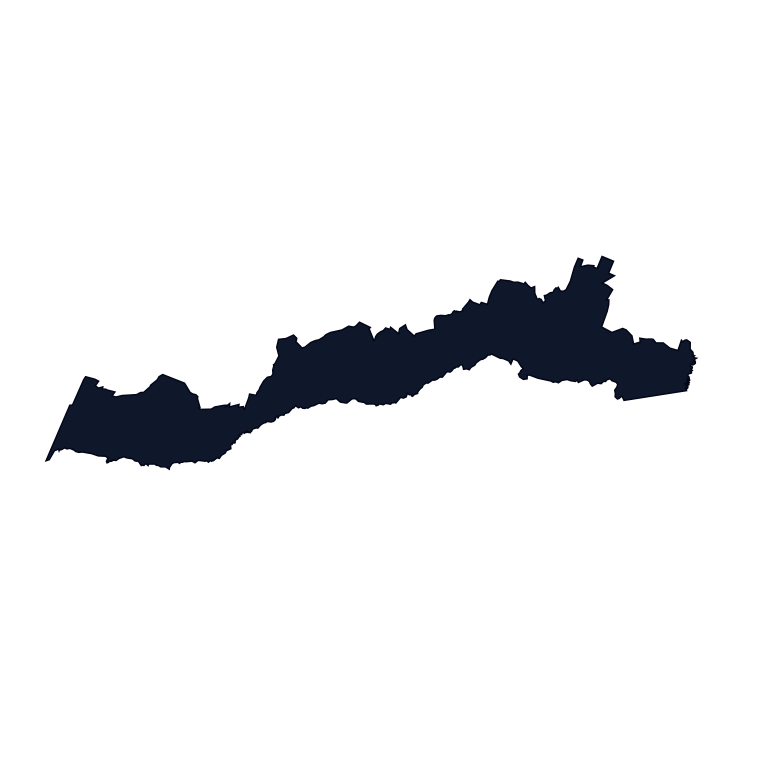 outline of Pijiño Del Carmen, Magdalena, Colombia, rotated 23°
{"feature_id": "7082276B92401866793230", "entity_name": "Pijiño Del Carmen", "entity_type": "district", "adm_level": 2, "iso_a3": "COL", "parent_name": "Colombia", "parent_adm1": "Magdalena", "projection": "robinson", "projection_center": [-74.146, 9.518], "detail": "fine", "context": "isolated", "style": "filled", "palette": "ink", "viewbox_px": 768, "rotation_deg": 23, "n_neighbors": 0, "source": "geoboundaries", "source_scale": "gbopen_adm2", "svg_char_len": 6170}
<svg xmlns="http://www.w3.org/2000/svg" viewBox="0 0 768 768"><g transform="rotate(23 384 384)"><path d="M665.0,271.9L663.0,269.8L663.3,269.5L664.6,270.3L665.1,268.7L664.7,267.7L660.8,266.4L661.9,265.7L664.2,266.3L664.9,265.6L664.4,264.7L662.2,264.6L662.5,263.8L664.3,263.7L664.4,263.3L663.6,262.8L662.1,263.2L661.3,262.4L661.7,261.8L663.4,261.8L663.9,261.1L662.8,259.7L661.2,260.4L662.1,258.4L660.6,258.1L660.1,256.0L662.7,253.8L662.4,252.9L661.0,252.4L662.5,251.1L660.8,250.1L661.5,248.9L661.3,248.1L660.2,247.5L658.8,248.0L658.9,245.5L660.9,245.8L662.5,243.4L662.2,242.7L659.9,243.0L660.4,242.3L661.8,242.1L661.7,241.4L659.6,240.9L661.5,238.2L659.7,238.6L657.7,238.1L658.8,236.7L657.3,236.6L656.0,234.1L652.2,232.3L649.6,226.0L645.5,225.1L643.7,226.2L642.5,228.4L640.7,227.5L641.5,238.3L633.1,239.3L625.0,237.1L618.4,239.9L614.3,237.7L612.5,238.2L607.5,240.4L601.6,241.9L603.5,245.3L598.1,249.7L593.4,242.8L585.8,239.6L582.0,239.6L573.7,247.5L562.0,246.5L561.0,229.7L559.8,223.1L558.1,218.7L556.1,219.5L557.6,207.8L550.7,206.0L545.4,205.8L553.8,194.3L547.4,194.2L547.3,181.3L534.9,181.4L535.0,194.3L531.4,194.7L531.0,193.1L525.1,195.0L519.8,198.8L518.9,198.9L518.6,192.2L513.6,192.4L513.6,202.0L515.4,216.6L514.8,226.0L513.0,228.5L510.0,229.5L506.6,226.9L506.0,228.6L504.8,228.3L503.9,230.6L503.9,233.5L501.3,235.1L499.0,238.6L497.1,240.0L500.2,244.4L498.6,247.2L495.8,244.8L493.4,244.7L492.8,245.9L491.7,245.9L487.3,241.5L484.6,235.5L481.8,238.2L477.6,236.9L474.3,235.2L473.8,237.2L467.5,237.9L463.6,239.7L459.9,239.9L450.4,242.6L450.1,244.4L448.6,244.9L446.9,255.9L447.0,262.9L448.1,270.2L441.7,270.9L441.4,273.6L433.6,274.0L430.2,272.8L429.8,275.7L427.1,284.3L427.7,286.0L425.6,288.0L422.2,288.7L422.2,289.4L420.2,289.1L419.4,290.5L419.1,292.9L417.7,294.7L416.3,295.1L414.3,297.0L409.4,298.7L405.9,300.8L405.0,303.4L405.3,305.7L409.4,313.7L403.9,317.2L393.9,325.3L393.2,328.1L383.9,324.9L380.6,321.2L376.8,326.8L377.8,332.0L367.9,329.2L368.2,331.4L363.6,331.8L362.5,335.1L360.5,337.2L358.4,340.7L357.8,343.7L358.2,346.5L357.7,348.0L348.7,339.0L349.3,337.3L337.3,336.7L335.5,341.5L333.9,343.5L328.9,344.6L324.2,350.7L314.5,357.6L311.3,361.3L310.0,364.3L307.0,368.6L303.7,371.0L300.4,374.4L296.8,381.0L294.5,382.9L286.1,379.3L286.3,377.6L285.8,377.4L285.8,376.0L281.6,374.3L276.0,380.5L269.5,384.1L270.9,392.1L276.3,399.2L275.7,407.8L274.8,409.6L275.5,410.2L276.1,414.6L277.9,418.2L277.3,421.1L274.0,423.4L272.1,428.2L271.2,435.1L271.3,438.5L270.5,441.4L270.8,444.4L264.2,445.8L264.9,449.4L265.5,461.8L265.1,462.1L263.2,459.8L259.2,462.3L258.5,459.5L250.6,465.6L249.6,462.3L247.1,466.7L246.9,465.3L245.3,466.0L237.2,471.3L234.8,474.7L225.0,479.1L222.9,478.4L223.8,477.6L218.1,470.5L217.5,468.4L215.1,467.4L211.7,467.9L208.8,467.5L200.1,461.2L176.6,461.8L174.1,465.1L173.6,468.9L169.7,476.2L169.7,478.0L166.1,485.6L163.2,487.0L160.4,490.5L147.5,496.9L142.4,500.7L138.3,501.3L139.4,496.5L131.6,497.7L129.8,497.5L126.8,498.8L126.3,496.6L122.8,499.3L119.0,498.5L120.2,492.9L115.8,492.6L106.5,493.9L105.9,497.2L105.5,525.1L103.1,526.3L102.9,586.7L105.4,584.5L106.7,574.2L109.9,571.0L111.0,572.4L111.0,571.6L112.7,570.5L115.0,567.5L117.2,567.7L120.3,565.9L124.9,566.0L126.4,566.6L129.7,566.2L132.8,564.5L142.1,562.3L149.1,561.8L155.9,559.3L158.9,560.0L158.7,563.6L159.8,564.8L161.1,563.7L161.1,562.7L163.7,561.3L163.9,560.2L167.3,559.0L169.1,556.1L173.1,552.5L175.7,552.6L181.7,551.1L184.8,552.1L188.3,551.2L192.4,553.9L193.3,553.0L194.8,552.8L195.9,550.3L198.7,551.2L198.5,550.1L199.0,549.5L204.4,547.2L206.2,547.8L208.1,547.1L210.9,547.5L215.4,545.6L219.6,546.3L219.1,544.8L220.0,540.1L221.4,538.4L225.1,536.5L226.7,537.0L227.7,535.3L229.3,534.7L230.0,533.4L231.5,533.2L237.5,530.0L240.8,530.4L242.7,526.9L249.7,524.9L250.5,524.0L253.0,524.5L253.9,522.4L255.3,522.5L257.0,521.1L259.1,517.2L261.5,516.8L262.2,513.2L264.8,509.5L264.9,507.1L268.3,503.4L267.0,501.0L266.7,498.9L267.8,498.8L267.7,496.6L268.5,497.1L269.8,496.5L269.8,495.8L268.8,494.8L269.4,494.4L269.4,492.5L270.6,492.0L271.3,488.6L271.8,488.2L270.7,487.6L270.8,487.0L272.7,486.1L272.4,484.2L273.9,483.5L274.6,484.0L275.5,482.6L275.0,482.0L275.3,481.4L276.2,482.4L276.8,482.0L276.8,480.9L278.0,481.6L280.1,480.9L279.8,480.0L280.5,479.2L280.8,476.6L283.7,474.2L285.1,473.9L286.4,470.0L288.4,467.0L290.3,465.6L290.9,464.2L295.1,463.0L297.0,461.3L297.8,459.5L297.7,458.8L297.3,459.3L297.0,458.7L297.2,456.7L298.1,455.4L299.0,456.6L299.7,456.6L300.0,454.3L301.8,452.5L303.8,451.9L304.3,451.3L304.0,450.0L307.3,447.6L309.0,442.4L310.3,441.2L311.0,438.5L314.6,439.3L316.4,437.4L318.4,438.1L320.7,437.4L322.0,436.1L323.3,436.0L325.4,433.0L328.0,431.2L331.6,427.0L334.7,426.4L337.4,424.5L338.7,420.4L342.6,418.4L345.8,416.0L350.7,417.7L356.4,416.4L357.3,415.9L360.3,410.3L362.4,409.0L364.3,408.8L367.2,410.0L373.3,408.7L375.5,409.4L382.5,406.3L384.3,406.3L385.3,407.1L387.1,405.4L387.3,404.2L391.6,403.3L393.0,401.2L398.0,400.0L398.6,398.2L399.8,397.9L400.3,397.0L402.3,396.9L404.5,389.8L407.4,389.4L409.5,387.1L409.1,383.5L411.4,384.0L413.0,383.2L414.1,384.2L415.1,384.1L416.1,381.7L418.4,379.8L418.6,379.2L418.0,378.6L419.2,374.3L420.5,371.9L420.4,369.8L421.3,368.2L422.4,366.6L424.3,365.9L426.9,361.6L429.2,360.6L431.0,358.8L432.6,355.9L435.1,354.8L436.7,349.2L437.6,347.8L440.2,347.2L441.3,345.2L442.0,342.4L443.2,341.5L443.5,340.4L445.9,339.1L446.7,336.8L448.1,335.8L449.4,336.5L451.5,339.4L454.4,337.6L456.9,337.6L457.6,334.6L460.2,331.2L460.5,328.8L461.6,326.6L463.5,323.6L465.2,322.7L467.3,319.8L468.2,316.9L470.5,315.6L471.0,314.4L480.8,314.9L483.7,314.0L489.8,314.0L493.0,316.1L492.9,310.4L498.2,310.6L503.6,314.4L506.2,315.2L504.7,318.4L504.7,320.5L503.9,322.4L506.1,324.5L510.5,325.3L513.7,323.3L512.4,320.0L514.4,318.9L523.5,318.5L536.5,316.0L539.0,316.3L541.3,314.8L544.1,314.7L546.3,311.2L550.8,308.3L554.8,308.0L559.3,306.8L560.1,305.0L562.3,306.6L566.5,302.1L569.1,301.0L572.0,301.3L574.1,303.3L576.5,304.6L580.3,299.8L583.8,298.8L585.0,295.8L587.0,295.1L587.3,293.3L590.1,290.7L592.3,291.9L597.1,291.7L599.3,293.0L599.6,295.8L598.8,299.6L600.6,302.1L601.7,305.4L604.7,306.6L605.9,305.6L607.3,302.9L608.3,302.5L611.3,305.3L665.0,271.9Z" fill="#0f172a" stroke="#020617" stroke-width="1.5"/></g></svg>